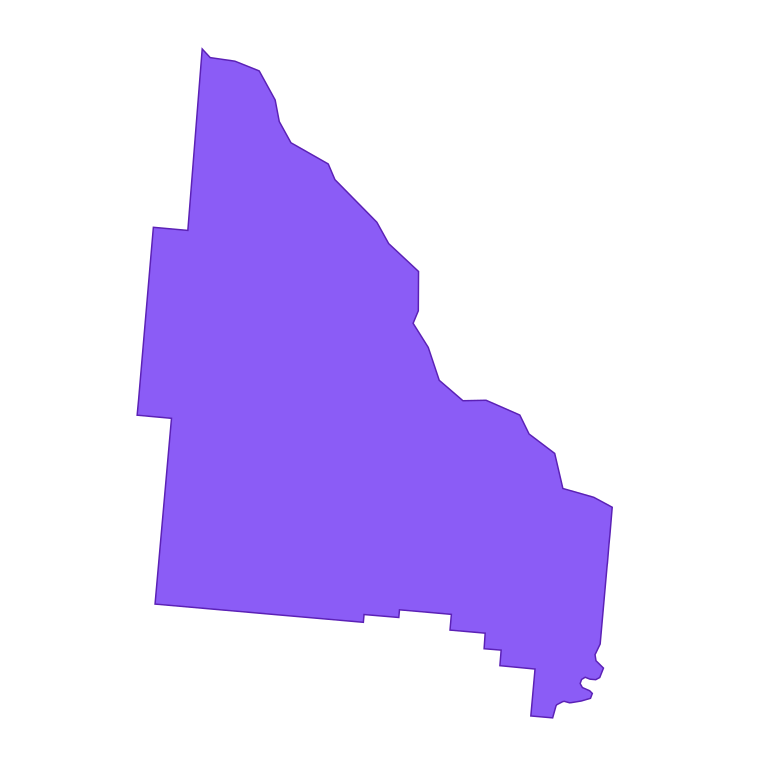 Canyon, Idaho, United States of America (Robinson projection), rotated 185°
{"feature_id": "52423323B68106023304416", "entity_name": "Canyon", "entity_type": "district", "adm_level": 2, "iso_a3": "USA", "parent_name": "United States of America", "parent_adm1": "Idaho", "projection": "robinson", "projection_center": [-116.848, 43.585], "detail": "fine", "context": "isolated", "style": "filled", "palette": "violet", "viewbox_px": 768, "rotation_deg": 185, "n_neighbors": 0, "source": "geoboundaries", "source_scale": "gbopen_adm2", "svg_char_len": 1046}
<svg xmlns="http://www.w3.org/2000/svg" viewBox="0 0 768 768"><g transform="rotate(185 384 384)"><path d="M145.9,281.1L165.1,289.4L196.7,295.5L207.9,329.7L235.1,346.8L246.0,364.9L280.9,376.7L303.9,374.2L329.3,392.5L343.1,424.3L360.3,447.0L356.2,459.9L359.4,499.1L391.6,524.3L405.2,544.5L450.7,583.3L458.7,598.3L497.7,616.2L511.2,636.3L517.2,657.5L535.6,685.0L560.7,692.6L585.6,694.0L594.3,701.9L592.8,519.9L627.4,520.0L627.2,394.3L627.1,347.2L627.2,331.4L592.7,331.3L592.9,144.8L523.3,144.8L418.9,144.8L383.8,144.8L383.8,152.6L348.9,152.7L348.9,160.4L296.8,160.4L296.8,144.6L261.5,144.6L261.2,129.0L244.1,129.1L244.0,113.5L208.7,113.2L208.8,66.1L186.9,66.1L184.6,78.3L184.0,79.5L178.2,83.2L176.7,83.6L171.5,82.6L170.0,82.8L159.8,85.4L150.9,88.9L149.5,93.9L152.3,96.3L159.9,98.9L162.5,102.7L161.4,106.9L158.0,109.4L153.1,107.9L147.3,107.9L143.5,110.4L140.6,120.1L148.7,126.8L150.2,132.9L149.8,133.7L146.0,143.8L145.9,223.8L145.8,224.9L145.9,244.4L145.8,253.7L145.9,278.7L145.9,281.1Z" fill="#8b5cf6" stroke="#5b21b6" stroke-width="1.5"/></g></svg>